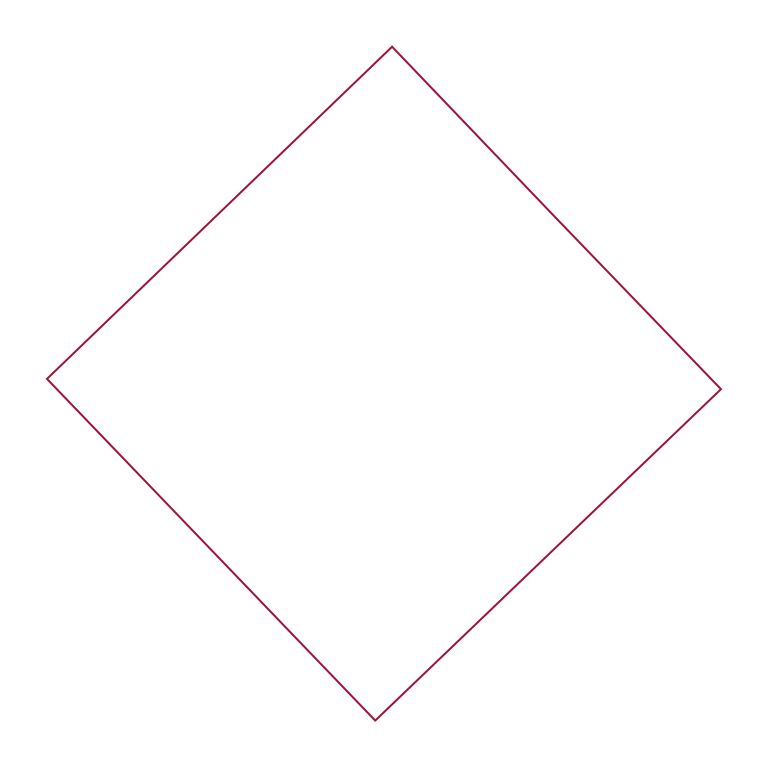 outline of Franklin, Iowa, United States of America, rotated 46°
{"feature_id": "52423323B30235683377135", "entity_name": "Franklin", "entity_type": "district", "adm_level": 2, "iso_a3": "USA", "parent_name": "United States of America", "parent_adm1": "Iowa", "projection": "mercator", "projection_center": [-93.212, 42.733], "detail": "fine", "context": "isolated", "style": "outline", "palette": "rose", "viewbox_px": 768, "rotation_deg": 46, "n_neighbors": 0, "source": "geoboundaries", "source_scale": "gbopen_adm2", "svg_char_len": 249}
<svg xmlns="http://www.w3.org/2000/svg" viewBox="0 0 768 768"><g transform="rotate(46 384 384)"><path d="M620.0,624.1L621.8,145.2L503.5,145.1L384.4,145.0L147.0,143.9L146.2,622.9L620.0,624.1Z" fill="none" stroke="#9f1239" stroke-width="2"/></g></svg>